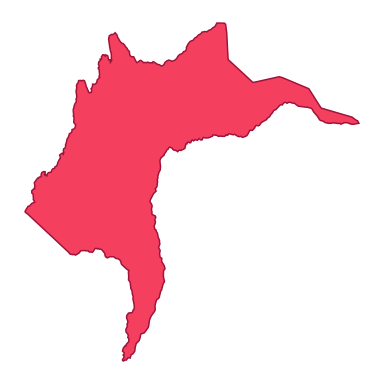 Dianópolis, Tocantins, Brazil (Equal Earth projection)
{"feature_id": "56859067B54547148967397", "entity_name": "Dianópolis", "entity_type": "district", "adm_level": 2, "iso_a3": "BRA", "parent_name": "Brazil", "parent_adm1": "Tocantins", "projection": "equal_earth", "projection_center": [-46.69, -11.796], "detail": "fine", "context": "isolated", "style": "filled", "palette": "rose", "viewbox_px": 384, "rotation_deg": 0, "n_neighbors": 0, "source": "geoboundaries", "source_scale": "gbopen_adm2", "svg_char_len": 5848}
<svg xmlns="http://www.w3.org/2000/svg" viewBox="0 0 384 384"><path d="M25.1,212.0L28.3,214.6L68.1,251.8L70.1,254.1L73.0,254.7L73.9,254.3L75.6,255.1L79.1,253.0L80.7,250.8L84.9,250.5L86.0,250.9L88.2,250.8L89.2,252.0L92.6,252.2L95.2,248.5L96.1,248.3L97.3,249.0L98.4,248.4L99.2,249.2L100.6,249.1L102.1,250.0L104.3,252.8L104.9,254.0L105.1,255.8L105.7,256.9L106.6,257.2L107.2,257.9L110.1,256.7L113.5,256.7L116.0,258.5L117.9,258.7L119.1,259.4L119.9,260.0L121.0,262.3L121.2,263.6L122.0,264.8L126.1,268.6L127.9,270.0L128.8,270.3L128.4,272.1L128.7,276.7L128.5,279.9L130.2,282.3L130.8,288.3L132.2,291.4L132.2,293.5L133.2,296.9L132.9,298.9L134.0,303.9L134.3,306.9L134.0,309.4L133.2,310.0L132.5,312.0L131.8,312.9L129.4,312.8L128.2,313.3L127.8,314.3L126.9,315.2L126.5,317.5L127.7,320.9L127.9,322.2L127.0,324.1L127.3,326.4L125.9,329.4L125.9,331.0L126.2,332.3L127.7,333.9L128.2,335.5L127.8,337.6L128.7,338.6L128.9,341.4L126.1,344.6L125.8,346.1L125.0,345.9L123.3,348.0L122.5,351.2L124.1,352.6L124.2,354.0L123.1,355.0L124.2,356.2L123.5,358.2L122.6,359.3L122.6,360.6L123.5,361.0L124.6,360.2L126.5,360.0L127.7,358.1L129.1,357.8L130.2,358.0L131.1,354.7L133.0,353.8L134.8,351.1L135.2,347.4L136.2,343.6L139.2,340.5L140.2,337.4L140.5,335.0L141.1,333.9L144.4,332.8L148.0,327.8L148.6,326.3L149.5,320.1L151.2,316.0L154.6,311.3L155.2,309.8L155.0,305.4L156.2,300.9L156.7,299.7L158.5,298.5L159.2,297.4L160.7,291.1L161.5,290.1L163.1,284.1L163.5,283.0L164.4,282.0L164.4,280.4L163.8,278.9L163.4,275.7L163.5,271.3L163.9,270.1L164.8,269.3L164.9,267.9L164.0,265.3L161.8,261.8L161.6,259.9L161.8,258.3L160.1,257.2L159.6,253.8L160.1,250.3L158.7,247.9L159.0,246.4L159.9,243.9L159.5,242.3L159.5,240.3L158.2,237.3L157.4,233.1L156.3,231.4L156.0,230.0L155.0,229.4L154.1,226.3L155.3,223.1L155.4,221.4L154.7,220.0L155.8,217.2L155.2,215.9L152.0,214.4L151.9,211.4L151.5,210.3L151.7,207.9L152.1,206.6L151.9,204.9L150.2,201.9L150.0,200.6L153.5,193.6L156.1,191.2L155.3,188.5L156.3,187.7L157.0,186.4L157.6,181.0L157.1,179.7L157.9,178.2L157.8,176.3L159.2,171.7L160.1,170.4L160.4,168.5L160.5,166.2L159.9,160.9L160.3,159.3L161.0,157.9L164.2,155.0L164.5,153.5L165.5,152.6L167.1,149.7L168.2,149.1L168.7,148.0L169.7,147.1L172.1,148.1L172.7,149.2L173.9,150.1L176.3,150.6L177.7,151.7L178.7,150.5L179.6,150.1L180.9,150.5L184.8,148.5L185.9,144.0L187.0,143.9L187.5,142.3L188.5,142.0L189.5,142.8L190.6,142.7L191.2,141.7L191.3,140.6L192.3,140.0L193.4,140.9L194.3,140.4L195.0,139.5L196.3,140.1L197.6,140.2L199.0,138.6L200.9,140.0L202.2,139.8L202.6,138.6L203.3,137.5L205.6,138.0L208.6,137.8L212.5,136.2L212.9,134.9L216.7,135.3L218.4,136.4L219.8,136.1L224.3,136.4L225.7,135.6L226.2,134.7L227.1,135.3L228.2,134.8L229.0,133.7L233.4,134.8L234.7,134.3L237.7,136.3L239.6,136.7L240.7,136.3L242.5,137.4L244.4,136.8L246.5,135.9L247.5,134.8L249.9,130.3L252.6,130.3L254.9,127.6L255.1,126.5L256.2,125.5L258.5,125.8L259.7,125.0L261.4,122.5L266.7,119.5L267.1,118.4L269.6,116.7L270.9,114.5L272.4,112.9L273.8,110.4L275.9,109.6L280.0,105.1L281.1,104.6L282.5,104.9L283.1,103.5L285.0,102.3L286.0,102.5L287.0,103.3L289.2,102.1L292.9,103.2L294.3,103.2L298.3,106.2L307.9,107.4L311.1,108.2L312.0,108.9L313.7,112.0L317.4,116.2L319.5,119.7L320.6,120.5L323.0,121.1L325.0,122.5L328.2,123.3L331.2,123.3L333.1,122.7L334.2,123.1L335.3,123.0L337.5,123.5L339.6,123.3L340.8,124.2L344.4,122.7L347.2,122.7L350.9,124.1L353.0,124.3L358.9,123.3L357.7,120.9L355.9,120.0L352.0,117.1L321.5,108.2L320.6,107.3L308.8,88.7L282.8,77.8L279.3,76.7L253.7,82.4L252.5,82.1L228.3,59.7L228.0,57.8L226.7,32.5L225.6,24.3L224.5,23.2L216.9,23.0L215.0,26.5L212.9,27.7L210.8,29.7L208.8,30.3L206.8,31.8L205.0,31.5L201.9,32.2L200.9,33.7L198.4,35.0L196.8,36.8L194.6,38.2L192.8,40.5L190.9,41.0L190.0,41.6L188.5,43.4L186.9,46.3L186.4,47.3L186.4,48.6L186.0,50.3L185.1,51.2L183.6,51.6L182.1,53.6L179.5,54.6L177.6,56.6L177.2,57.8L176.3,58.9L174.6,60.3L172.1,61.3L170.1,60.4L168.6,60.1L166.9,60.9L165.1,62.3L163.9,64.6L162.1,65.9L160.8,65.8L159.7,64.8L157.4,64.3L154.0,62.0L153.0,61.7L152.5,62.9L151.3,62.7L150.1,63.0L147.6,62.1L146.7,62.7L144.8,62.4L143.8,62.8L141.1,60.5L140.2,60.4L137.0,62.7L136.1,61.7L133.7,56.8L131.1,56.6L130.0,55.4L129.6,53.9L129.4,51.5L127.7,49.7L126.9,48.1L125.3,46.4L124.8,45.3L122.9,43.4L121.8,43.3L119.5,40.6L118.5,38.5L117.8,37.7L117.0,35.0L115.2,32.7L113.2,34.5L111.3,34.4L110.3,35.3L109.3,35.7L108.6,39.0L109.7,47.1L110.6,51.6L111.2,53.3L111.4,56.0L111.3,57.5L111.7,60.6L110.4,62.4L110.2,59.7L108.6,59.9L108.0,56.8L107.6,55.6L106.3,55.1L105.4,56.0L105.0,54.9L104.3,55.5L103.6,54.8L102.7,54.8L101.5,56.6L101.5,59.2L100.1,59.1L100.2,60.8L99.0,61.5L98.5,63.2L98.5,64.7L99.0,65.7L99.0,67.3L98.2,67.9L98.5,69.0L99.4,70.1L99.2,71.5L99.6,74.7L99.0,76.8L99.7,77.5L97.3,79.8L96.5,83.0L94.5,84.4L92.6,84.1L92.5,86.1L91.9,87.8L91.0,88.7L91.5,89.5L91.7,90.9L91.1,92.5L90.3,92.3L89.3,92.9L88.4,91.8L88.1,90.3L87.4,89.4L87.1,88.1L86.1,86.5L85.8,84.5L84.5,80.8L83.0,80.2L81.8,81.0L80.8,80.4L78.6,80.6L78.1,82.9L77.1,83.8L76.4,85.9L76.8,87.5L76.1,90.8L76.2,93.1L76.6,94.4L76.7,97.7L76.0,99.2L76.3,100.9L76.0,102.5L75.1,103.4L74.1,106.0L74.0,107.3L73.4,108.8L73.2,110.5L73.6,114.7L73.3,116.3L74.1,117.2L73.7,122.3L75.7,125.1L74.8,128.2L73.6,129.1L72.1,129.5L71.8,131.8L70.8,133.0L69.4,133.7L68.3,137.4L67.2,138.7L66.2,143.1L65.5,144.9L65.6,146.6L65.1,147.9L63.7,148.8L63.3,150.5L63.8,152.7L63.3,154.3L62.2,153.1L59.6,155.0L60.2,157.0L60.3,158.4L59.6,159.0L58.4,161.3L57.6,163.1L57.3,164.8L56.2,166.3L55.0,166.8L54.6,168.3L52.8,168.8L51.8,170.1L51.1,172.2L48.4,172.6L47.4,173.8L46.9,175.8L45.8,174.8L45.1,175.4L44.5,174.2L45.2,173.3L45.2,171.8L44.0,171.5L41.8,172.5L41.1,174.6L41.1,176.7L39.2,177.1L38.4,178.2L37.6,178.1L34.3,182.7L34.9,185.9L34.5,187.2L34.7,188.7L33.8,188.8L31.7,190.9L31.9,193.2L33.4,194.5L33.1,196.0L33.4,197.3L33.3,199.6L34.8,202.0L31.6,203.6L29.5,206.0L28.1,206.3L25.4,210.6L25.1,212.0Z" fill="#f43f5e" stroke="#9f1239" stroke-width="1.5"/></svg>